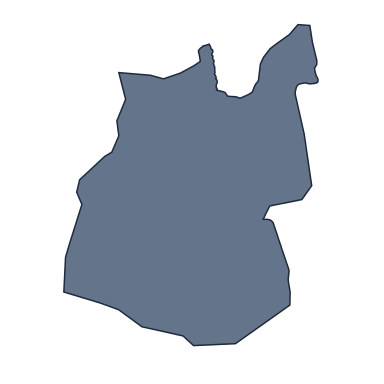 outline of Bornuur, Töv, Mongolia, rotated 174°
{"feature_id": "93677404B81102829752528", "entity_name": "Bornuur", "entity_type": "district", "adm_level": 2, "iso_a3": "MNG", "parent_name": "Mongolia", "parent_adm1": "Töv", "projection": "mercator", "projection_center": [106.158, 48.484], "detail": "fine", "context": "isolated", "style": "filled", "palette": "slate", "viewbox_px": 384, "rotation_deg": 174, "n_neighbors": 0, "source": "geoboundaries", "source_scale": "gbopen_adm2", "svg_char_len": 2638}
<svg xmlns="http://www.w3.org/2000/svg" viewBox="0 0 384 384"><g transform="rotate(174 192 192)"><path d="M324.6,140.3L329.9,105.9L294.9,91.2L277.4,82.7L255.9,63.2L216.0,49.8L206.5,39.1L164.7,36.6L106.5,69.3L104.9,81.8L105.0,83.9L105.1,87.0L105.4,89.3L105.5,94.4L105.0,97.4L104.3,100.5L103.7,103.4L103.8,104.5L104.5,108.0L105.3,111.2L106.4,116.3L107.2,119.8L108.1,123.7L108.6,125.9L109.0,127.8L109.2,129.3L109.7,131.0L110.0,132.5L110.7,135.5L111.5,139.2L112.3,143.2L112.9,145.5L113.4,147.8L114.1,151.1L114.3,152.2L114.7,153.3L115.5,154.5L116.0,154.9L116.7,155.7L118.3,156.5L119.9,156.9L121.4,157.1L122.5,157.2L123.2,157.2L124.0,157.4L120.9,162.6L116.1,170.0L83.5,173.0L72.3,185.8L74.4,238.2L79.0,277.2L79.1,280.1L78.6,281.6L78.2,282.7L77.9,283.3L77.7,284.3L77.2,285.3L76.5,286.4L75.1,287.7L73.3,288.2L70.2,288.6L67.8,288.7L66.3,288.1L64.3,287.4L62.4,287.1L60.7,287.2L59.1,287.1L58.2,287.4L57.2,287.3L55.9,287.8L55.2,288.7L54.9,290.3L55.2,292.1L56.3,294.6L57.2,299.8L57.1,302.5L56.3,303.4L55.7,304.4L54.8,305.3L54.5,306.6L54.1,309.4L56.6,328.3L57.4,345.3L69.1,347.4L78.7,338.4L93.3,330.1L99.4,326.3L106.7,318.6L110.6,312.2L113.8,298.0L114.3,296.0L115.3,294.6L116.9,293.2L118.3,291.3L118.9,290.3L120.0,288.1L121.4,285.5L122.3,284.6L123.4,284.2L125.1,283.2L128.9,282.0L133.2,280.5L134.6,280.3L138.2,282.1L145.5,283.3L146.6,283.7L147.7,285.7L148.6,287.4L150.0,288.3L156.9,290.8L156.5,291.2L156.3,291.8L156.3,292.4L156.6,292.9L156.8,293.3L157.0,294.1L156.8,295.2L156.6,295.9L156.3,296.9L155.8,297.8L155.4,298.8L155.4,299.8L155.7,300.9L155.9,301.5L156.1,301.7L156.4,301.9L156.6,302.1L156.3,302.4L156.1,302.9L156.0,303.3L156.2,304.2L156.4,305.1L156.5,305.7L156.9,306.1L157.2,306.6L157.3,307.3L156.8,308.0L156.6,308.4L156.6,309.1L156.8,309.9L156.6,310.7L156.5,311.5L156.4,312.7L156.4,314.1L156.8,315.6L157.1,316.5L157.2,317.3L157.0,318.0L156.6,319.0L156.4,320.0L156.6,320.9L156.9,321.4L157.5,322.0L157.6,322.6L157.4,323.3L157.1,324.1L157.0,324.7L157.1,325.2L157.5,325.4L157.9,325.8L158.0,326.5L157.5,327.6L156.9,328.6L156.6,329.3L156.6,329.9L156.6,330.7L156.9,331.4L157.3,331.8L157.9,331.9L158.2,332.5L158.3,333.1L158.3,334.1L158.6,335.4L159.4,336.6L159.6,337.3L160.3,337.0L161.4,336.8L162.7,336.5L163.5,336.2L164.3,336.3L165.0,336.2L165.6,336.2L166.2,335.7L166.7,335.1L167.9,334.5L168.6,334.2L169.3,333.4L169.8,333.0L170.5,332.3L170.8,331.8L170.8,330.1L170.6,328.8L170.4,327.1L170.3,325.6L170.1,321.0L176.8,317.4L191.0,311.5L208.5,307.5L221.3,312.5L252.3,318.4L248.3,291.1L259.3,270.5L258.9,255.5L267.6,240.0L275.1,236.5L302.5,215.9L306.7,203.8L302.8,191.1L319.1,153.6L324.6,140.3Z" fill="#64748b" stroke="#1e293b" stroke-width="1.5"/></g></svg>